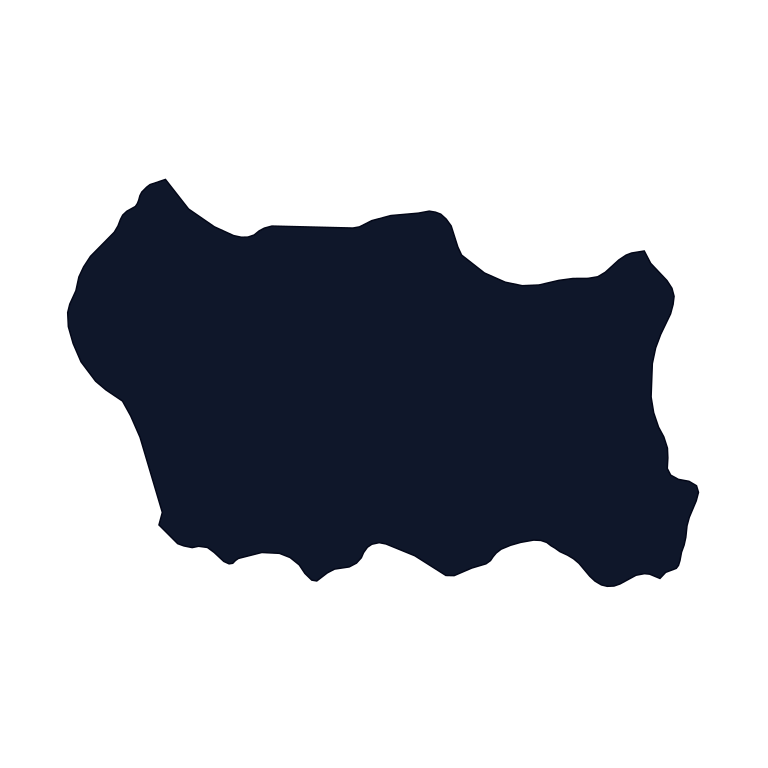 Chimborazo, Albers equal-area conic projection, rotated 80°
{"feature_id": "ECU-1284", "entity_name": "Chimborazo", "entity_type": "Province", "adm_level": 1, "iso_a3": "ECU", "parent_name": "Ecuador", "parent_adm1": "", "projection": "albers", "projection_center": [-78.686, -1.912], "detail": "fine", "context": "isolated", "style": "filled", "palette": "ink", "viewbox_px": 768, "rotation_deg": 80, "n_neighbors": 0, "source": "natural_earth", "source_scale": "10m", "svg_char_len": 1998}
<svg xmlns="http://www.w3.org/2000/svg" viewBox="0 0 768 768"><g transform="rotate(80 384 384)"><path d="M272.7,684.9L258.7,683.1L250.8,679.6L238.6,671.2L225.6,665.9L216.5,659.5L207.3,650.9L187.7,623.3L182.1,618.5L176.1,614.9L172.3,612.0L169.2,607.3L166.0,598.0L163.4,595.5L160.3,593.6L156.2,591.7L152.9,589.2L148.9,583.5L147.0,579.8L144.6,563.7L177.7,546.1L199.7,523.8L211.7,506.4L214.7,499.0L215.7,492.5L214.7,486.0L211.5,480.3L209.7,474.8L209.0,467.0L225.0,387.6L225.0,380.9L221.0,367.7L219.3,348.0L221.7,320.5L221.6,309.4L223.7,303.5L226.6,298.6L232.4,294.1L240.0,290.4L261.9,287.5L270.5,285.2L292.1,265.8L304.8,246.9L311.2,230.8L313.4,214.3L312.3,193.8L312.9,179.5L315.4,164.8L315.5,154.9L312.4,146.7L302.6,131.2L299.1,123.2L298.0,117.5L298.2,104.6L311.5,100.4L331.2,87.4L339.7,83.8L348.0,83.1L355.9,85.5L364.7,89.6L383.2,102.9L395.6,110.2L410.5,116.2L443.1,123.2L459.1,123.4L474.2,121.1L484.7,117.6L496.4,116.0L506.1,117.3L516.4,119.7L523.5,117.5L529.0,110.7L532.8,100.5L538.5,93.9L545.3,93.1L553.3,96.8L568.3,106.5L576.2,110.2L587.4,113.4L594.7,116.4L601.3,120.2L609.3,123.2L613.8,125.5L616.3,128.2L618.4,139.3L623.4,146.0L617.4,155.4L616.0,160.5L616.1,169.0L621.9,186.3L622.9,192.5L622.0,199.3L619.6,204.8L614.8,210.4L609.1,214.7L594.5,223.1L589.0,227.7L584.4,233.0L579.6,239.9L575.4,244.0L572.2,247.7L568.3,251.2L565.3,256.7L563.7,263.7L563.7,276.9L564.8,287.4L567.0,297.3L569.9,302.8L573.0,306.5L576.4,309.8L578.8,314.8L580.5,329.5L584.9,348.2L583.3,356.3L558.5,383.5L541.9,409.8L539.4,416.3L539.7,423.8L541.9,428.7L546.5,433.4L551.2,436.5L555.6,442.2L558.1,450.0L557.7,464.9L560.2,472.7L566.3,484.4L564.6,489.2L556.8,494.8L547.4,498.9L538.6,506.6L532.6,516.4L528.7,533.6L530.5,557.7L532.0,560.9L534.3,564.1L534.2,567.8L530.9,572.6L520.4,580.5L514.3,586.3L511.6,594.8L511.8,601.3L508.7,609.2L505.4,614.9L483.7,630.1L472.0,624.6L394.1,633.5L371.4,639.0L355.4,644.5L341.6,658.8L331.2,667.5L309.6,678.5L290.2,683.1L272.7,684.9Z" fill="#0f172a" stroke="#020617" stroke-width="1.5"/></g></svg>